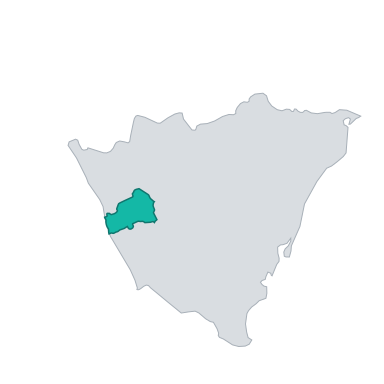 Managua highlighted on a map of Nicaragua, rotated 20°
{"feature_id": "NIC-659", "entity_name": "Managua", "entity_type": "Department", "adm_level": 1, "iso_a3": "NIC", "parent_name": "Nicaragua", "parent_adm1": "", "projection": "orthographic", "projection_center": [-86.332, 12.202], "detail": "fine", "context": "in_parent", "style": "filled", "palette": "teal", "viewbox_px": 384, "rotation_deg": 20, "n_neighbors": 0, "source": "natural_earth", "source_scale": "10m", "svg_char_len": 3951}
<svg xmlns="http://www.w3.org/2000/svg" viewBox="0 0 384 384"><g transform="rotate(20 192 192)"><path d="M324.6,63.0L323.0,65.2L321.2,66.7L317.6,74.0L316.3,74.7L315.9,69.3L313.7,68.6L311.1,70.6L309.7,73.3L312.0,76.9L314.0,76.9L316.5,77.9L323.4,102.6L322.0,107.0L318.0,114.0L314.2,119.9L310.4,123.6L305.8,139.3L301.8,164.7L305.2,187.5L303.8,208.6L305.2,213.6L305.7,219.8L302.5,220.9L300.7,220.8L298.8,217.0L299.0,213.6L300.9,209.7L301.6,204.3L300.6,201.6L298.8,207.7L295.5,210.4L293.3,211.4L291.3,214.5L293.6,220.2L296.5,224.4L297.5,227.4L296.4,231.1L295.9,243.4L294.9,243.1L293.8,241.4L290.7,241.3L290.4,246.3L290.7,249.1L288.1,251.2L287.2,253.4L289.3,254.9L291.7,255.8L294.6,255.5L297.0,261.6L297.8,266.6L292.3,271.2L290.5,275.0L287.4,279.7L285.7,284.2L285.2,287.5L287.4,297.7L291.3,305.0L294.5,309.6L298.8,310.6L297.8,315.5L294.7,318.6L288.8,321.2L282.4,321.8L271.8,319.4L267.5,319.2L265.8,317.9L265.3,315.5L262.3,311.9L256.7,307.1L253.5,307.5L248.3,306.5L239.7,303.3L235.7,302.9L230.0,305.7L223.3,309.4L207.2,303.8L196.0,299.8L185.8,296.2L183.1,294.8L180.9,295.1L179.0,297.0L176.8,300.4L176.0,301.4L174.9,302.3L173.6,302.5L173.5,300.9L168.5,294.3L160.6,286.2L130.4,261.5L119.4,246.8L113.4,236.1L107.8,230.6L91.6,219.2L87.8,214.7L71.8,199.5L59.6,190.6L59.4,186.9L64.5,182.2L66.9,182.4L69.6,185.8L73.9,189.6L76.0,189.7L79.0,187.9L79.1,186.1L95.6,185.4L98.5,184.4L101.5,181.7L103.0,177.8L103.3,174.0L103.9,171.4L106.6,168.8L111.4,168.0L115.1,167.7L116.2,165.9L115.1,160.2L113.1,146.4L112.7,142.5L113.4,139.7L114.9,138.6L122.2,137.9L135.9,139.1L138.6,138.2L144.1,130.4L149.2,124.6L152.9,122.0L155.7,121.2L159.1,126.4L170.7,133.7L172.7,133.2L173.8,132.8L174.2,131.8L174.0,128.4L176.8,125.3L182.9,122.5L188.9,117.6L194.9,110.6L200.2,106.5L204.6,105.2L206.3,103.3L205.3,100.7L205.6,97.1L207.3,92.3L209.9,89.5L213.3,88.8L214.6,87.3L213.9,85.0L214.6,82.5L217.6,78.5L224.9,74.9L229.1,76.1L232.6,80.7L237.5,83.9L243.9,85.5L248.8,84.9L252.3,81.9L255.5,81.0L258.3,82.2L259.8,81.5L259.9,79.0L261.4,78.5L264.1,79.8L266.6,80.1L268.7,79.4L269.5,78.2L269.9,77.0L271.5,76.1L277.0,76.9L283.1,75.5L289.9,71.6L294.4,69.9L296.7,70.4L299.3,68.4L302.4,64.2L309.5,62.2L324.6,63.0Z" fill="#d9dde1" stroke="#a8b0b8" stroke-width="1"/><path d="M128.4,259.8L127.7,258.8L126.1,255.2L125.4,254.7L124.8,254.4L123.3,252.8L122.3,251.4L121.3,249.5L121.1,248.6L120.8,247.8L120.2,247.1L118.7,245.9L118.5,245.6L119.9,244.5L120.1,244.3L120.4,243.8L120.4,243.7L120.4,243.3L120.3,243.2L120.0,242.9L119.6,242.0L119.5,241.7L119.5,241.3L119.6,241.2L119.8,241.0L120.0,240.9L120.4,240.8L121.3,240.5L121.5,240.4L121.8,240.4L122.8,240.7L123.6,240.9L123.8,240.9L124.1,240.7L126.4,239.0L127.5,237.7L128.3,236.0L128.2,234.9L127.8,234.5L127.5,234.3L127.3,234.1L127.1,233.7L127.0,233.3L127.0,229.0L127.1,228.1L128.0,226.9L131.9,222.9L137.7,217.2L137.9,216.9L138.0,216.7L137.9,216.5L137.9,216.3L137.9,215.9L137.8,215.7L137.4,215.3L136.8,214.5L136.8,214.3L136.7,214.0L136.6,213.9L136.7,213.6L137.1,212.5L137.1,212.1L137.2,211.8L137.1,211.7L137.2,210.8L137.2,210.6L137.3,210.3L137.4,210.0L137.9,209.3L138.8,208.5L141.1,207.0L151.2,209.3L152.2,209.6L153.1,210.4L154.0,211.4L154.7,212.0L155.3,212.4L158.9,213.8L159.9,214.0L159.5,215.0L159.8,217.1L160.0,217.9L160.4,218.6L161.2,219.6L162.7,221.3L162.9,221.6L163.0,222.0L162.9,223.2L162.8,224.2L162.9,224.6L163.1,224.9L168.3,229.8L168.5,230.0L168.3,230.4L167.4,231.9L167.1,233.6L166.0,233.1L165.6,233.1L165.1,233.3L163.2,234.7L158.2,236.9L157.2,236.6L156.9,236.5L156.7,236.4L155.5,236.5L153.5,237.4L151.8,237.7L150.7,238.5L147.1,242.1L147.3,242.8L148.2,243.7L148.5,244.2L148.7,244.5L148.6,245.9L147.9,247.0L147.6,247.4L147.2,247.7L146.7,248.0L146.2,248.1L145.7,248.2L145.0,248.0L144.6,247.8L143.0,246.5L141.6,248.3L140.9,249.3L137.1,252.4L136.0,254.3L135.6,254.7L134.0,255.9L133.3,256.8L132.6,257.5L132.4,257.6L132.0,257.8L131.4,257.9L131.0,258.0L130.5,258.0L129.9,258.3L128.4,259.8L128.4,259.8Z" fill="#14b8a6" stroke="#0f766e" stroke-width="1.5"/></g></svg>